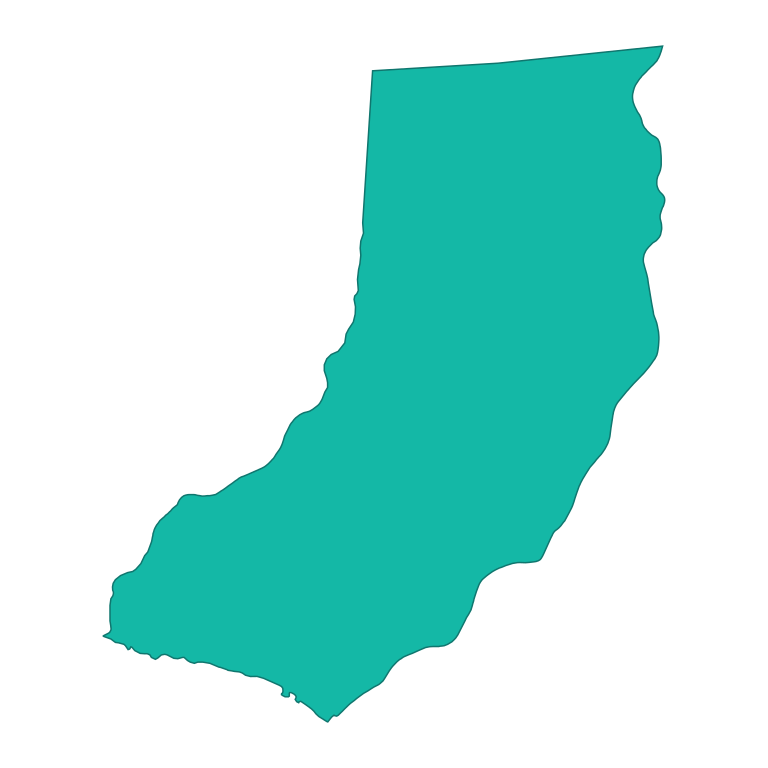 outline of Industry, Choiseul, Saint Lucia
{"feature_id": "8701671B28263897430178", "entity_name": "Industry", "entity_type": "district", "adm_level": 2, "iso_a3": "LCA", "parent_name": "Saint Lucia", "parent_adm1": "Choiseul", "projection": "mercator", "projection_center": [-61.06, 13.791], "detail": "fine", "context": "isolated", "style": "filled", "palette": "teal", "viewbox_px": 768, "rotation_deg": 0, "n_neighbors": 0, "source": "geoboundaries", "source_scale": "gbopen_adm2", "svg_char_len": 6087}
<svg xmlns="http://www.w3.org/2000/svg" viewBox="0 0 768 768"><path d="M662.6,46.1L498.1,63.2L372.6,70.8L362.7,222.9L363.5,233.2L360.8,241.1L360.2,248.2L360.8,255.3L359.9,263.9L358.6,269.5L357.5,279.5L358.0,286.3L358.3,290.6L356.9,293.7L354.7,296.0L354.1,299.4L355.5,306.8L355.2,314.2L353.3,322.1L348.6,329.2L346.1,334.1L344.8,342.9L338.1,351.4L331.2,354.5L326.8,358.8L324.3,364.8L324.3,370.7L326.8,378.4L327.6,382.7L327.6,387.5L324.9,392.0L322.2,399.0L321.5,400.4L319.9,403.1L318.9,404.4L318.1,405.2L317.0,406.1L312.8,409.3L310.3,410.8L309.3,411.3L306.5,412.1L304.7,412.5L303.5,412.9L302.2,413.5L299.9,414.7L295.9,417.7L295.2,418.4L293.9,419.8L292.2,422.1L291.5,422.8L290.2,424.7L287.4,430.5L285.6,434.0L284.6,436.1L283.4,440.4L282.1,444.3L280.6,447.6L279.4,449.6L276.1,454.2L274.8,456.4L273.5,458.4L272.4,459.4L271.1,460.9L268.5,463.6L266.0,465.7L264.5,466.8L261.9,468.2L246.5,475.0L243.6,476.2L241.2,477.0L238.6,478.5L237.5,479.5L234.9,481.2L232.6,483.0L228.0,486.2L225.8,487.9L223.1,489.8L220.6,491.3L220.0,491.8L215.7,494.5L212.0,495.3L209.5,495.7L207.2,495.7L204.8,496.0L202.2,496.1L198.9,495.5L198.2,495.5L194.9,494.7L193.2,494.6L189.3,494.6L187.8,494.7L185.9,495.1L185.2,495.3L183.8,495.8L181.6,497.4L181.0,498.1L179.5,499.9L178.1,502.6L177.4,504.6L176.4,505.5L173.5,507.8L172.3,508.9L170.4,511.2L169.8,511.6L167.7,513.8L165.7,515.2L164.3,516.8L162.6,518.2L159.9,520.6L158.2,523.1L156.6,525.1L156.0,526.2L155.1,527.8L154.3,529.6L153.6,532.0L153.0,533.8L152.9,535.3L152.4,537.3L151.9,540.2L151.5,541.9L147.8,552.0L144.7,555.6L140.9,563.6L135.8,569.3L132.7,571.5L127.6,572.6L120.5,575.6L115.4,579.7L113.2,583.3L112.5,586.9L112.7,590.2L113.4,591.9L113.4,593.8L112.9,595.7L110.9,598.8L110.0,605.4L110.0,620.9L110.7,625.4L111.1,629.0L110.9,630.1L109.7,632.3L108.5,633.2L105.3,634.8L103.9,635.5L103.3,636.0L103.9,636.5L110.9,639.0L115.4,642.4L118.5,642.8L123.9,644.3L125.4,645.6L128.1,649.6L129.7,649.0L130.9,646.8L132.1,647.4L134.8,650.6L140.2,653.4L144.2,653.7L147.2,653.7L149.9,654.9L151.4,657.4L155.4,659.3L157.8,658.0L161.4,654.9L164.8,654.3L167.2,654.9L173.8,658.3L177.8,658.7L182.6,657.4L184.1,657.4L187.5,660.5L190.2,662.1L194.4,663.3L197.8,662.1L202.6,662.1L209.9,663.3L218.9,667.1L220.5,667.4L227.1,669.7L228.0,670.3L231.9,670.9L234.4,671.4L239.4,671.9L242.3,673.0L245.5,675.2L250.5,676.5L257.1,676.4L263.6,678.3L279.2,685.2L281.5,686.5L282.8,688.3L283.0,691.2L282.6,692.9L281.6,693.7L281.5,694.7L282.6,695.5L285.1,696.8L288.4,696.8L289.3,696.1L289.3,693.2L289.6,692.6L291.2,692.6L293.9,694.0L295.4,695.3L296.2,696.7L296.0,697.8L295.2,699.4L296.7,701.7L298.7,702.7L299.2,701.7L300.8,701.3L305.8,704.7L311.5,708.9L314.0,711.3L315.9,713.8L318.8,716.5L326.9,721.6L327.8,721.9L331.6,717.1L334.0,715.2L334.7,715.7L336.7,716.1L338.3,715.2L340.5,713.0L342.4,711.2L344.3,709.2L348.5,705.1L350.5,703.3L354.4,700.4L356.6,698.5L358.6,697.0L363.5,693.4L368.2,690.7L370.6,689.1L373.6,687.2L374.7,686.6L377.5,685.2L378.8,684.5L380.2,683.4L383.0,680.9L384.9,678.0L389.3,670.8L391.5,667.7L392.9,666.0L396.8,661.9L397.7,661.1L399.6,659.5L400.8,658.9L403.3,657.1L404.5,656.5L409.2,654.5L412.4,653.3L419.7,650.0L425.6,647.5L429.6,646.7L433.3,646.5L438.9,646.5L440.0,646.2L442.1,646.0L444.2,645.7L445.7,645.1L447.7,644.3L451.9,641.8L454.3,639.5L455.7,638.0L457.8,634.9L465.0,620.8L466.4,617.8L468.6,614.3L471.0,609.9L471.5,608.2L472.3,605.6L472.7,603.9L473.6,601.0L473.9,599.4L474.8,596.5L476.5,591.2L478.6,585.7L479.3,584.0L480.6,581.8L482.0,579.9L483.1,578.8L486.5,575.9L488.2,574.6L492.0,571.9L493.3,571.1L495.6,569.8L499.3,568.0L501.8,567.2L505.9,565.5L508.8,564.6L512.6,563.4L517.4,562.6L519.7,562.5L525.4,562.7L529.1,562.4L534.1,561.8L536.1,561.5L536.9,561.2L538.2,560.8L539.4,560.1L540.3,559.5L541.3,558.2L542.6,556.0L543.9,553.3L550.9,537.8L552.1,535.5L552.8,533.9L553.7,532.4L555.1,530.8L557.4,529.1L558.8,527.9L560.8,525.8L561.7,524.6L563.5,522.2L564.7,520.9L569.0,512.9L571.5,508.1L572.5,505.8L574.0,501.5L574.8,498.7L576.8,492.7L579.2,486.0L579.8,484.9L580.7,482.8L582.8,478.8L584.6,475.9L585.4,474.5L589.9,467.4L591.4,465.7L594.2,462.5L595.4,461.0L596.5,459.5L597.9,458.0L598.6,457.1L600.1,455.5L601.2,454.3L602.8,452.1L604.2,450.0L604.9,449.0L606.3,446.4L607.8,443.4L609.4,438.6L609.9,436.3L610.6,430.7L611.0,427.6L612.0,421.2L612.2,420.0L612.9,415.1L613.2,413.8L613.5,411.9L614.9,407.6L615.3,406.9L615.9,405.4L617.3,403.0L618.5,401.4L626.7,391.4L628.4,389.6L629.8,387.9L633.5,383.8L643.8,373.2L648.8,367.2L651.6,363.4L653.3,360.9L654.9,358.8L656.8,355.1L657.5,352.5L658.0,349.7L658.5,345.7L658.7,343.0L658.9,339.5L658.9,337.1L658.7,334.3L658.5,332.0L658.1,329.8L657.8,328.3L657.4,326.0L656.7,323.0L655.6,319.8L654.5,317.0L653.6,314.4L653.3,312.1L651.6,303.0L649.7,291.5L648.3,283.1L647.7,278.5L646.7,274.2L645.4,269.6L644.7,267.2L643.4,262.1L643.3,260.2L643.3,259.1L643.4,258.0L644.1,254.4L645.8,250.8L646.3,250.0L647.2,248.8L647.8,248.1L648.4,247.3L652.6,243.0L656.3,240.6L658.6,238.0L659.5,236.8L660.5,234.8L661.3,231.0L661.6,229.6L661.7,228.0L661.5,224.7L661.3,223.3L660.6,220.4L660.2,218.8L660.1,217.8L660.1,215.6L660.3,214.3L661.0,211.9L662.4,207.7L663.2,206.4L663.7,205.0L664.5,202.2L664.7,200.6L664.7,199.5L664.5,198.0L664.0,196.7L663.6,196.0L662.6,194.6L660.0,192.0L659.1,190.7L658.6,190.0L658.0,188.7L657.4,187.1L656.9,185.1L656.8,183.8L656.8,182.1L656.9,179.9L657.7,176.4L658.5,174.8L659.4,172.7L660.3,170.3L660.5,169.4L661.0,166.8L661.2,164.9L661.2,162.8L661.2,158.7L661.1,155.8L660.5,148.2L660.3,146.9L660.0,145.5L659.7,143.8L659.2,142.0L658.5,140.5L657.8,139.2L657.2,138.6L655.7,137.3L651.7,135.1L649.5,133.2L647.2,131.0L646.1,129.5L644.6,127.9L643.7,126.4L642.4,123.6L641.7,120.4L641.1,118.4L640.4,116.8L639.5,114.9L637.5,112.0L634.9,106.8L634.2,105.1L633.3,102.6L632.9,100.9L632.6,98.6L632.5,97.2L632.5,95.8L632.7,93.8L633.0,92.7L633.4,90.8L634.3,87.7L635.5,85.0L638.5,80.4L639.9,78.5L641.1,77.2L641.6,76.3L645.1,72.9L646.3,71.7L647.6,70.2L651.3,66.5L652.5,65.5L653.7,64.3L654.3,63.6L656.0,61.8L656.9,60.8L657.2,60.2L657.8,59.1L658.6,57.8L659.7,55.3L660.3,53.7L660.5,53.0L661.1,51.5L661.9,48.6L662.6,46.1Z" fill="#14b8a6" stroke="#0f766e" stroke-width="1.5"/></svg>